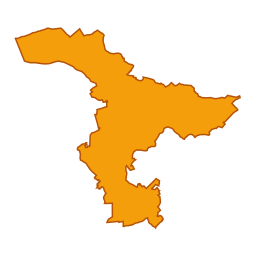 outline of Apahida, Cluj, Romania
{"feature_id": "2599482B3126144168162", "entity_name": "Apahida", "entity_type": "district", "adm_level": 2, "iso_a3": "ROU", "parent_name": "Romania", "parent_adm1": "Cluj", "projection": "equal_earth", "projection_center": [23.734, 46.787], "detail": "fine", "context": "isolated", "style": "filled", "palette": "amber", "viewbox_px": 256, "rotation_deg": 0, "n_neighbors": 0, "source": "geoboundaries", "source_scale": "gbopen_adm2", "svg_char_len": 5777}
<svg xmlns="http://www.w3.org/2000/svg" viewBox="0 0 256 256"><path d="M239.6,95.9L236.3,97.3L227.6,95.4L226.2,96.9L224.5,98.1L224.0,98.0L223.1,97.6L221.1,97.5L220.8,97.8L217.9,98.4L215.1,98.7L210.4,97.6L206.4,97.9L201.7,97.6L200.0,96.5L198.5,96.5L197.8,94.0L197.0,93.4L195.5,92.8L195.4,92.0L194.2,91.3L194.3,90.5L194.0,89.4L194.2,88.3L190.9,85.4L188.8,85.4L185.6,85.0L184.2,85.1L182.5,84.5L180.5,84.2L179.6,83.3L176.8,85.3L176.0,85.6L174.8,85.7L171.4,82.6L168.9,85.2L165.5,87.0L163.4,84.6L162.0,84.1L161.4,83.4L160.7,83.3L160.5,83.8L160.0,84.0L157.7,83.2L155.8,82.8L154.9,82.0L154.6,81.1L153.3,79.7L148.9,78.4L143.1,77.1L143.3,78.3L143.1,79.1L142.7,79.8L141.8,80.4L139.7,80.7L136.0,79.3L136.3,78.2L135.5,78.0L135.6,77.5L133.3,77.3L133.5,75.9L128.1,75.3L127.0,74.6L130.3,71.4L130.0,71.4L131.4,70.2L131.3,69.5L131.9,68.9L132.8,67.4L133.3,67.0L133.5,65.6L132.0,64.7L128.7,63.9L125.8,61.9L124.2,61.1L124.1,58.3L122.9,58.4L122.6,57.0L121.7,55.9L121.4,54.8L120.5,53.9L118.5,53.2L115.9,53.3L113.7,53.8L110.0,53.2L108.1,51.9L106.2,50.9L104.9,48.9L104.4,46.1L103.2,41.9L103.1,39.7L103.4,37.7L103.5,36.7L104.1,35.2L102.4,33.4L101.1,32.8L97.4,30.2L96.4,31.0L94.0,32.3L91.8,34.4L90.9,34.4L89.6,34.8L88.4,34.8L86.7,35.0L83.9,35.8L80.1,29.8L79.7,28.8L69.9,37.2L69.0,35.8L67.0,34.5L63.5,30.6L61.2,28.3L60.4,28.2L54.1,29.0L51.7,29.0L49.7,28.6L48.9,28.3L47.6,28.2L46.5,28.6L45.5,29.2L40.7,30.6L39.6,31.1L37.8,31.3L36.0,32.2L32.6,32.8L31.3,33.6L27.9,35.1L24.1,36.4L22.0,36.6L18.9,37.9L18.0,38.5L15.9,38.2L15.4,38.4L24.5,61.1L30.1,62.7L35.3,62.7L42.1,63.7L45.6,63.9L49.5,63.6L55.8,61.6L58.4,61.1L64.1,62.3L70.5,65.3L73.3,66.7L75.2,68.7L76.9,69.9L81.5,71.4L84.0,73.4L85.0,74.4L86.5,76.8L88.3,77.9L89.7,79.2L90.2,80.3L91.0,81.4L94.7,82.8L96.2,83.7L96.2,84.5L96.7,85.9L92.5,88.3L92.0,89.0L91.0,89.6L90.6,90.1L91.5,90.9L91.3,91.1L92.4,91.9L90.1,93.7L91.0,95.1L91.5,96.4L92.1,97.3L93.2,97.2L95.3,97.8L97.5,99.6L99.2,100.3L100.4,100.4L102.1,99.8L102.4,100.1L103.3,102.3L105.6,101.9L106.6,100.6L107.1,100.9L107.3,101.6L106.9,101.4L107.0,101.6L106.6,101.7L106.8,106.7L104.7,107.2L101.7,108.4L97.0,109.6L97.1,110.8L96.7,114.3L96.2,114.2L96.1,114.8L94.9,114.7L97.5,123.7L98.3,127.3L99.7,127.7L99.7,128.3L99.4,128.6L98.7,128.8L99.3,129.7L99.2,129.8L93.9,132.5L92.0,132.8L91.6,133.6L90.4,134.6L90.1,136.8L89.9,145.1L89.7,145.1L89.7,146.2L87.5,146.1L87.5,147.3L85.6,147.4L85.5,146.5L84.9,145.7L86.7,144.6L86.2,144.1L86.6,143.5L86.7,142.7L85.9,142.7L85.9,143.2L85.6,143.5L81.6,144.4L81.1,145.1L77.9,147.4L77.4,148.7L77.7,149.3L77.5,149.8L79.4,150.7L80.0,151.8L79.9,152.8L80.4,153.5L80.1,158.3L80.5,160.1L82.3,160.8L83.5,161.9L86.0,163.2L89.9,169.2L92.6,172.1L96.5,175.4L94.5,177.5L94.8,178.3L94.9,178.2L95.2,178.6L95.6,178.6L96.4,179.3L96.6,179.6L97.4,179.6L97.8,180.3L98.6,179.7L99.3,180.4L99.4,180.8L99.8,180.9L99.8,181.2L99.4,181.5L99.8,181.7L99.7,182.0L99.0,182.6L98.8,182.4L97.1,184.0L97.3,184.8L97.9,185.0L98.1,185.5L97.9,185.7L97.6,185.3L97.3,185.3L97.1,185.8L97.5,186.4L97.5,186.7L96.9,187.7L97.2,187.6L99.2,188.2L98.9,188.7L99.6,189.0L100.3,188.6L101.3,187.5L101.5,186.9L101.8,187.1L102.3,186.9L103.4,187.6L104.5,190.9L106.0,193.3L105.2,194.1L104.7,195.4L103.8,196.7L103.6,197.3L103.8,198.8L104.8,201.1L104.9,201.8L104.5,203.4L106.5,203.5L112.3,203.2L112.4,216.8L108.5,219.3L107.1,221.7L107.0,222.5L118.7,221.4L118.9,222.3L123.1,221.4L123.3,223.9L123.2,226.4L124.4,226.4L125.7,225.7L126.9,225.6L128.2,225.8L130.2,225.1L131.4,225.1L133.2,224.4L135.6,223.0L138.1,222.7L138.8,222.2L141.3,221.6L143.2,220.7L145.6,218.6L147.5,217.8L147.8,219.4L148.6,220.8L148.7,222.0L149.5,223.3L151.3,224.3L152.5,225.9L155.3,227.4L155.6,227.8L155.9,227.0L156.6,226.1L159.7,222.8L162.1,221.0L162.0,220.8L162.4,220.5L162.8,219.8L162.4,219.7L162.9,219.2L163.0,218.7L162.4,217.4L160.7,215.6L159.6,215.6L158.7,216.3L158.2,216.1L157.9,216.5L157.5,216.3L157.5,215.9L157.3,215.8L158.0,214.1L157.8,212.6L159.1,211.6L160.4,210.2L157.8,206.7L158.5,206.2L159.2,205.1L160.4,202.5L160.1,198.2L159.6,197.2L159.9,196.7L158.0,195.1L159.9,194.0L158.7,191.3L159.5,190.7L159.1,190.5L158.6,189.7L157.0,187.6L155.5,189.2L154.4,189.6L151.7,188.8L155.7,184.6L158.8,185.8L158.8,184.7L159.4,183.4L159.2,182.1L159.5,180.8L156.1,178.6L154.3,180.6L146.3,188.4L144.7,186.9L143.9,185.9L142.6,186.3L142.1,186.8L141.9,186.6L139.9,183.6L139.0,183.8L139.5,184.1L139.4,184.7L138.5,184.4L137.9,184.6L137.6,185.1L137.6,185.6L137.1,187.1L135.9,186.7L133.8,185.3L131.2,184.0L129.6,183.4L128.5,182.5L127.6,181.3L126.2,180.5L126.0,180.1L126.0,178.5L126.8,173.2L126.5,171.9L125.9,170.8L126.0,169.4L125.8,168.0L125.9,167.1L126.6,165.7L130.3,170.3L134.3,169.0L132.5,165.7L131.0,165.8L131.6,164.0L132.6,162.3L134.3,160.6L135.5,159.8L134.5,159.4L134.4,158.5L132.4,158.6L132.5,154.7L133.8,152.0L134.2,151.5L135.8,150.4L137.2,149.8L138.6,150.2L140.6,150.0L142.7,150.5L145.4,150.8L147.0,150.5L147.4,150.0L147.2,149.5L148.6,147.4L149.6,147.4L151.1,146.6L152.2,146.4L154.0,146.6L154.6,146.5L155.6,145.6L155.5,145.1L155.7,143.8L154.8,141.1L155.8,140.2L158.7,135.6L159.5,133.7L162.6,132.5L163.0,131.7L163.4,131.3L164.0,128.5L166.9,127.1L168.9,127.1L169.9,127.7L172.1,128.4L173.1,129.3L174.5,131.4L176.6,133.2L178.3,134.2L179.5,135.5L180.3,136.5L180.1,136.7L182.3,137.9L183.3,138.9L184.5,139.2L184.6,138.6L185.4,137.5L186.5,136.8L188.3,135.0L190.0,134.4L191.2,134.3L192.8,135.0L193.7,135.7L194.1,136.5L194.9,137.4L195.5,137.0L196.3,136.0L199.8,134.7L203.7,134.5L205.9,134.6L208.8,135.2L209.7,134.2L209.2,132.7L209.3,131.9L210.5,131.0L211.6,129.5L215.2,128.3L216.2,128.5L218.4,126.4L222.1,127.6L225.1,124.0L223.5,122.8L223.3,122.7L223.5,122.3L225.2,121.6L233.6,112.7L237.6,110.1L237.8,109.9L237.4,109.2L231.9,103.5L233.0,102.0L235.3,100.0L236.1,99.4L237.0,99.3L238.6,98.2L239.8,97.8L240.6,97.4L240.1,97.4L239.6,95.9Z" fill="#f59e0b" stroke="#b45309" stroke-width="1.5"/></svg>